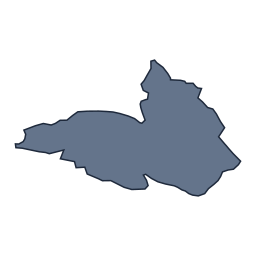 outline of Stepanavan, Lori, Armenia
{"feature_id": "60910142B48694121515271", "entity_name": "Stepanavan", "entity_type": "district", "adm_level": 2, "iso_a3": "ARM", "parent_name": "Armenia", "parent_adm1": "Lori", "projection": "equal_earth", "projection_center": [44.342, 41.021], "detail": "fine", "context": "isolated", "style": "filled", "palette": "slate", "viewbox_px": 256, "rotation_deg": 0, "n_neighbors": 0, "source": "geoboundaries", "source_scale": "gbopen_adm2", "svg_char_len": 1363}
<svg xmlns="http://www.w3.org/2000/svg" viewBox="0 0 256 256"><path d="M145.0,189.0L148.1,185.6L146.5,180.3L143.4,175.1L145.7,174.3L151.4,178.4L157.9,181.8L165.5,184.0L174.3,185.8L177.7,187.3L181.9,189.9L185.3,191.0L188.8,193.6L192.6,195.1L198.3,195.9L204.7,193.6L208.5,188.6L213.8,184.4L218.0,180.6L220.6,176.5L222.5,171.9L228.1,170.0L233.5,169.2L238.4,164.7L240.6,161.2L233.0,153.5L228.6,148.5L226.1,145.5L225.0,144.3L218.6,136.8L224.6,127.7L220.5,121.6L218.8,118.5L216.4,114.0L212.8,109.0L207.6,107.5L202.5,101.9L197.9,97.9L201.5,88.5L197.8,88.0L195.7,86.4L193.1,83.3L186.2,83.3L184.7,81.3L180.5,80.3L170.5,79.8L170.5,78.2L167.8,73.6L163.0,67.4L156.7,62.7L154.6,60.1L150.9,61.2L151.0,68.5L146.8,75.8L144.2,80.5L141.1,84.2L143.3,90.4L148.5,93.0L147.5,99.2L145.4,99.7L141.2,101.3L140.2,104.0L140.8,107.6L142.4,112.8L145.1,120.1L141.9,123.2L139.8,122.7L134.6,118.6L128.2,116.0L119.8,113.5L113.0,112.0L106.7,111.5L98.8,111.1L87.3,111.2L77.8,111.8L72.6,115.5L66.9,120.2L60.1,120.3L55.4,123.4L51.2,125.0L43.3,123.5L35.5,125.7L23.9,130.1L24.7,132.0L25.7,134.3L24.8,138.9L23.2,141.6L18.8,144.0L15.4,143.9L15.9,147.7L22.2,148.2L39.4,151.8L40.6,151.9L45.6,152.5L49.3,153.7L63.8,150.0L60.4,158.8L74.5,161.6L76.1,167.7L84.8,167.2L87.2,174.0L98.6,178.8L102.4,180.7L110.8,180.6L124.1,187.3L131.8,189.5L145.0,189.0Z" fill="#64748b" stroke="#1e293b" stroke-width="1.5"/></svg>